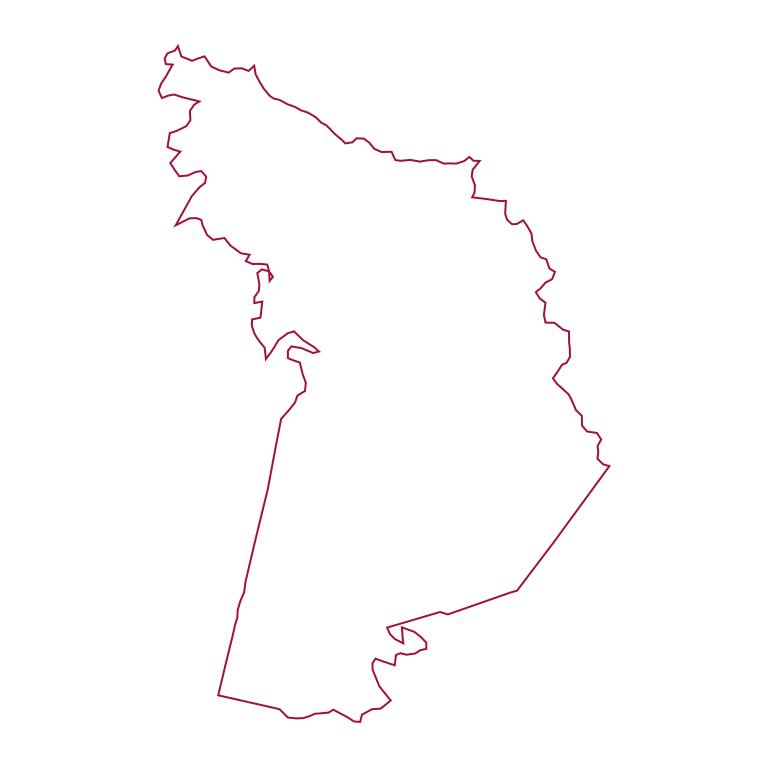 Tomazina, Paraná, Brazil
{"feature_id": "56859067B70254716522130", "entity_name": "Tomazina", "entity_type": "district", "adm_level": 2, "iso_a3": "BRA", "parent_name": "Brazil", "parent_adm1": "Paraná", "projection": "orthographic", "projection_center": [-49.982, -23.721], "detail": "fine", "context": "isolated", "style": "outline", "palette": "rose", "viewbox_px": 768, "rotation_deg": 0, "n_neighbors": 0, "source": "geoboundaries", "source_scale": "gbopen_adm2", "svg_char_len": 3182}
<svg xmlns="http://www.w3.org/2000/svg" viewBox="0 0 768 768"><path d="M447.9,614.4L509.9,592.7L517.0,590.7L552.6,543.8L609.4,466.1L603.1,464.3L597.5,458.8L598.3,451.9L597.6,445.9L601.2,439.6L597.0,433.0L587.1,431.5L582.0,425.5L581.8,415.7L576.0,410.2L573.9,405.2L571.5,399.7L568.6,394.3L556.8,383.6L552.9,378.2L556.8,372.9L562.0,364.8L566.6,362.8L570.0,356.8L569.8,348.5L569.1,342.4L569.0,331.5L563.2,329.7L554.4,322.8L545.5,322.6L543.9,314.9L545.5,302.7L539.9,298.6L535.8,292.2L540.7,288.2L545.4,282.7L552.1,279.2L555.0,271.8L549.5,268.6L546.3,259.3L540.5,257.3L536.0,250.7L532.3,241.1L531.5,233.5L527.1,225.9L523.2,220.3L516.8,224.0L512.0,224.2L507.0,219.6L505.2,213.8L505.5,207.4L505.9,200.8L499.9,201.1L493.0,200.0L485.6,198.9L472.2,197.3L474.5,192.7L475.0,185.5L471.7,176.3L472.7,169.7L479.6,161.0L473.5,160.7L469.3,157.0L464.3,161.0L456.3,163.6L449.1,163.4L443.7,163.6L436.0,160.1L428.3,160.2L420.1,161.6L410.3,159.9L400.9,160.8L395.3,160.1L391.6,151.8L381.5,152.0L374.4,148.9L369.2,142.6L363.9,138.6L356.5,138.3L352.5,142.3L345.2,143.4L341.7,139.7L334.6,133.9L330.4,129.3L326.5,125.5L320.9,122.4L316.4,117.8L311.0,114.3L306.6,112.1L301.2,110.4L295.0,106.9L287.6,104.3L279.6,99.9L273.6,98.5L269.5,95.6L263.5,88.4L258.8,80.4L255.6,74.3L254.2,65.7L248.7,70.9L241.6,68.3L234.2,68.6L228.7,72.6L219.4,70.3L211.3,66.6L204.6,56.4L198.2,58.4L192.2,60.8L181.4,56.5L177.9,46.1L175.0,50.5L167.4,53.4L164.7,58.4L165.8,64.1L172.6,64.6L166.0,76.4L161.0,83.8L158.6,90.8L161.9,98.0L168.2,95.6L174.2,94.5L182.2,97.2L199.3,101.4L194.0,104.9L189.9,111.0L190.4,120.2L186.4,126.1L176.9,130.8L169.8,133.1L167.5,147.0L174.0,149.8L180.3,151.6L170.3,163.1L175.3,170.8L179.3,176.3L187.8,175.5L195.9,171.9L201.4,171.2L206.2,176.7L205.0,182.9L199.4,187.3L191.8,196.2L186.7,205.4L175.7,225.3L189.4,218.4L196.4,218.1L201.3,219.9L202.6,225.3L207.0,234.8L212.9,239.8L224.4,238.0L230.3,245.5L240.9,253.3L249.6,254.7L245.8,261.1L252.5,264.0L261.0,263.9L267.3,264.6L269.1,271.4L261.8,269.4L257.3,273.1L258.6,279.7L259.4,285.0L258.8,291.0L254.4,297.1L254.3,303.1L262.3,301.6L261.2,311.5L260.4,317.6L252.0,319.5L251.9,325.9L254.3,333.2L256.8,337.7L260.2,342.3L264.7,347.8L265.9,359.0L270.4,353.0L274.1,347.5L278.4,340.2L287.8,333.2L294.0,331.4L302.9,340.0L309.7,344.4L314.0,347.0L319.0,351.5L313.2,353.0L301.4,348.1L291.5,346.4L287.9,350.7L287.9,358.1L292.7,360.1L299.8,362.5L302.7,374.3L305.8,382.7L305.0,391.0L297.4,395.6L295.0,402.6L288.5,410.6L281.1,419.0L276.5,442.7L267.8,489.0L254.7,542.8L253.1,549.6L245.5,581.8L244.2,592.2L240.2,601.5L237.6,610.3L237.4,617.5L235.2,624.3L232.8,635.1L227.6,656.1L218.2,695.3L279.6,709.2L287.9,717.5L296.4,718.4L303.3,718.1L309.8,716.1L314.6,713.8L321.0,713.3L328.6,712.6L333.3,709.7L340.4,713.5L347.5,717.2L353.8,721.4L360.2,721.9L362.0,714.6L372.1,709.2L380.7,708.6L390.7,700.5L383.1,691.0L379.4,686.4L372.6,669.7L372.5,663.3L375.5,658.7L382.1,661.1L394.7,665.3L396.0,655.0L400.5,653.2L406.3,654.7L415.2,653.5L420.5,650.1L426.3,648.9L426.3,642.7L421.0,637.1L414.4,631.9L401.9,627.4L402.6,636.9L403.3,643.4L394.7,638.9L390.0,634.2L387.1,627.6L440.0,612.0L447.9,614.4ZM269.1,271.4L272.9,276.9L269.6,281.0L269.1,271.4Z" fill="none" stroke="#9f1239" stroke-width="2"/></svg>